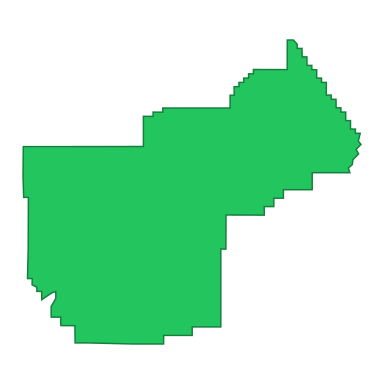 outline of Yellowstone, Montana, United States of America
{"feature_id": "52423323B50031109105153", "entity_name": "Yellowstone", "entity_type": "district", "adm_level": 2, "iso_a3": "USA", "parent_name": "United States of America", "parent_adm1": "Montana", "projection": "natural_earth1", "projection_center": [-108.061, 45.978], "detail": "fine", "context": "isolated", "style": "filled", "palette": "green", "viewbox_px": 384, "rotation_deg": 0, "n_neighbors": 0, "source": "geoboundaries", "source_scale": "gbopen_adm2", "svg_char_len": 1253}
<svg xmlns="http://www.w3.org/2000/svg" viewBox="0 0 384 384"><path d="M297.2,44.2L293.4,40.0L287.3,40.0L287.2,69.6L253.4,69.5L253.4,73.8L248.6,73.8L248.6,78.1L243.8,78.1L243.8,82.4L238.9,82.4L239.0,86.6L234.1,86.7L234.2,95.2L230.1,95.2L230.1,108.0L162.8,108.0L162.8,112.2L153.1,112.1L153.1,116.4L143.4,116.3L143.4,146.5L56.8,146.6L23.3,146.6L23.0,176.1L23.7,197.4L28.4,197.4L28.2,248.8L27.5,278.6L32.2,278.6L32.1,284.8L36.9,287.2L36.9,291.4L41.7,291.4L41.7,299.7L52.0,292.7L55.8,291.6L55.8,298.4L51.1,306.6L51.2,317.1L60.7,317.1L60.8,325.6L74.9,325.7L75.1,342.9L87.4,342.9L133.7,344.0L163.6,344.0L163.7,335.4L192.2,335.4L192.2,326.9L220.8,326.9L220.8,279.1L220.8,249.0L225.9,249.1L226.0,215.0L264.3,215.1L264.2,206.6L273.8,206.6L273.8,198.2L283.4,198.2L283.4,189.7L312.2,189.7L312.2,172.7L349.8,172.7L348.4,168.0L352.3,164.6L352.9,159.7L358.6,153.9L356.1,149.4L361.0,144.4L358.3,141.2L360.2,133.3L355.4,133.3L355.4,129.1L350.5,129.1L350.5,120.6L345.7,120.6L345.7,112.1L340.9,112.1L340.9,107.8L336.1,107.8L336.0,99.3L331.2,99.3L331.2,95.1L326.3,95.1L326.3,82.4L321.5,82.4L321.5,78.1L316.7,78.1L316.7,69.7L311.8,69.6L311.8,65.4L307.0,65.4L306.9,56.9L302.1,56.9L302.0,48.4L297.2,48.4L297.2,44.2Z" fill="#22c55e" stroke="#15803d" stroke-width="1.5"/></svg>